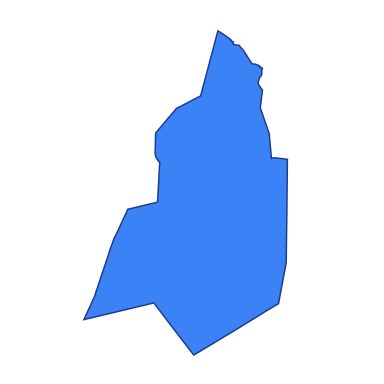 Tydal nor, Sør-Trøndelag, Norway (Natural Earth projection), rotated 94°
{"feature_id": "86288312B83613644252663", "entity_name": "Tydal nor", "entity_type": "district", "adm_level": 2, "iso_a3": "NOR", "parent_name": "Norway", "parent_adm1": "Sør-Trøndelag", "projection": "natural_earth1", "projection_center": [11.479, 62.971], "detail": "fine", "context": "isolated", "style": "filled", "palette": "blue", "viewbox_px": 384, "rotation_deg": 94, "n_neighbors": 0, "source": "geoboundaries", "source_scale": "gbopen_adm2", "svg_char_len": 3202}
<svg xmlns="http://www.w3.org/2000/svg" viewBox="0 0 384 384"><g transform="rotate(94 192 192)"><path d="M297.3,97.9L255.9,93.1L229.7,94.6L204.4,96.0L178.3,97.6L152.7,99.1L152.7,100.5L152.6,102.3L152.5,103.9L152.3,106.4L152.3,107.8L152.2,109.4L152.0,111.8L152.3,113.0L153.0,115.1L146.6,116.1L134.9,118.0L128.2,119.1L127.1,119.6L122.2,121.7L119.8,122.7L115.6,124.5L112.5,125.8L109.7,127.0L105.9,128.6L103.1,129.8L102.5,129.7L93.4,129.3L92.1,129.2L85.4,128.8L83.9,130.2L82.9,131.0L82.7,131.2L82.4,131.4L81.8,131.8L80.6,132.7L80.4,132.8L79.5,133.4L78.6,133.9L74.8,132.9L74.6,132.9L73.5,132.6L72.4,132.1L72.2,132.0L72.1,131.9L71.9,131.6L71.7,131.5L71.6,131.4L71.3,131.2L71.1,131.1L70.4,130.9L69.8,130.7L69.3,130.6L69.2,130.6L68.8,130.6L68.5,130.6L68.4,130.7L68.1,130.7L67.9,130.7L67.0,130.9L66.5,131.0L66.3,131.0L66.2,131.0L65.9,130.9L65.1,130.6L64.8,130.5L64.6,130.5L64.3,130.5L64.1,130.4L63.7,130.4L63.5,130.5L63.5,130.8L63.5,131.0L63.5,131.3L63.4,131.3L63.3,131.5L63.2,131.5L63.0,131.8L62.9,131.9L62.9,132.0L62.7,132.1L62.6,132.3L62.5,132.5L62.4,132.6L62.5,132.7L62.4,132.7L62.4,132.8L62.4,133.0L62.2,133.1L62.1,133.3L62.1,133.5L61.9,133.7L61.9,133.8L61.8,134.0L61.6,134.0L61.4,134.1L61.2,134.0L60.6,135.9L60.3,137.0L60.1,137.5L60.0,138.0L60.0,138.7L60.1,139.3L60.1,139.9L60.0,140.1L60.0,140.3L59.9,140.6L59.7,140.9L59.5,141.5L59.0,141.8L58.1,142.5L57.1,143.2L56.7,143.5L54.3,145.3L53.5,145.9L52.7,146.5L51.8,147.1L51.3,147.5L51.0,147.7L50.3,148.2L49.6,148.8L49.0,149.2L48.8,149.4L48.6,149.5L48.1,149.9L47.2,150.5L46.5,151.2L45.8,151.8L45.7,152.0L45.3,152.4L44.1,153.7L42.3,155.5L42.3,157.9L42.0,160.0L42.0,160.3L42.1,160.5L42.1,160.8L42.0,161.0L41.9,161.0L41.7,161.3L41.2,161.2L40.9,161.2L40.6,161.1L40.3,161.1L40.0,161.2L39.9,161.2L39.7,161.2L39.7,161.3L39.5,161.5L39.4,161.5L39.2,161.6L39.2,161.8L39.1,162.0L39.2,162.3L39.3,162.3L39.2,162.5L38.9,162.7L38.8,162.8L38.7,162.9L38.5,163.0L38.4,163.1L38.3,163.3L38.2,163.3L38.2,163.5L37.9,163.6L37.6,163.8L37.5,164.0L37.3,164.1L37.3,164.3L37.2,164.7L37.0,164.8L36.6,164.9L36.5,165.1L36.3,165.3L32.6,171.6L30.8,174.7L30.7,175.0L29.5,177.4L63.3,183.9L95.5,190.1L109.7,213.3L121.4,221.9L135.7,232.3L138.1,232.3L140.8,232.2L142.7,232.1L147.3,231.9L151.0,231.7L154.4,231.6L155.4,231.5L156.0,231.5L156.5,231.4L157.3,231.2L158.9,230.7L159.4,230.5L160.1,230.2L160.8,229.7L161.6,229.2L163.3,227.8L165.1,226.2L170.6,226.2L182.8,226.0L184.8,225.9L187.4,225.9L190.3,225.9L192.5,225.8L195.8,225.8L199.0,225.7L204.4,225.7L204.7,226.3L205.5,228.5L206.4,231.4L207.2,234.1L208.2,237.4L209.3,240.8L210.6,245.0L211.9,249.0L213.7,254.9L215.8,255.6L229.6,260.9L241.4,265.4L241.6,265.5L241.4,265.5L241.5,265.6L241.8,265.7L241.9,265.8L242.0,265.8L242.3,265.9L242.4,266.0L242.5,266.0L242.8,266.1L243.0,266.2L243.2,266.3L243.3,266.3L243.6,266.3L243.6,266.2L243.6,266.3L243.6,266.5L244.2,266.7L248.7,267.9L254.5,269.6L264.0,271.9L281.1,276.4L286.5,277.7L290.0,278.7L293.7,279.6L303.5,282.1L304.2,282.4L309.6,284.4L313.4,285.8L319.5,288.2L322.0,289.1L324.7,290.1L326.8,290.9L311.3,241.4L305.3,222.3L313.1,215.5L325.9,204.3L338.1,193.5L354.5,178.9L348.0,169.6L337.8,155.0L327.9,140.9L313.9,121.3L304.2,107.8L297.3,97.9Z" fill="#3b82f6" stroke="#1e3a8a" stroke-width="1.5"/></g></svg>